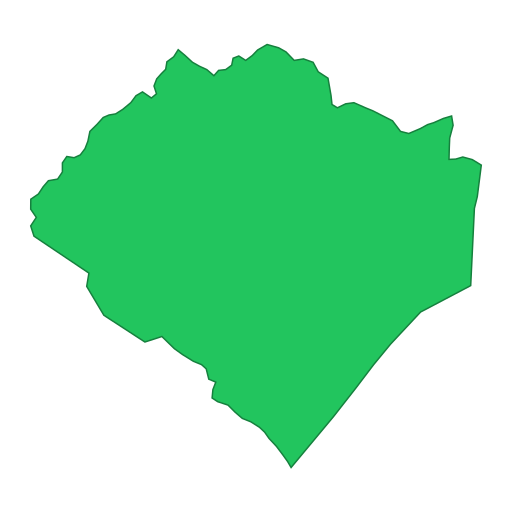 outline of Craíbas, Alagoas, Brazil
{"feature_id": "56859067B56014310634497", "entity_name": "Craíbas", "entity_type": "district", "adm_level": 2, "iso_a3": "BRA", "parent_name": "Brazil", "parent_adm1": "Alagoas", "projection": "natural_earth1", "projection_center": [-36.799, -9.64], "detail": "fine", "context": "isolated", "style": "filled", "palette": "green", "viewbox_px": 512, "rotation_deg": 0, "n_neighbors": 0, "source": "geoboundaries", "source_scale": "gbopen_adm2", "svg_char_len": 1471}
<svg xmlns="http://www.w3.org/2000/svg" viewBox="0 0 512 512"><path d="M472.6,246.0L474.4,208.4L477.3,196.6L481.3,165.1L472.3,159.6L462.8,157.0L455.7,159.1L449.0,159.4L449.3,147.6L449.7,138.0L453.1,125.3L451.6,116.0L443.5,118.4L433.7,122.7L427.6,124.6L420.3,128.6L408.8,133.5L400.5,131.4L392.5,120.8L372.8,110.8L365.7,107.9L353.9,102.7L345.7,103.8L337.4,107.8L332.0,104.5L331.0,95.4L328.0,78.2L318.2,71.8L313.1,62.3L303.5,58.9L294.2,60.4L286.0,51.9L278.7,47.8L267.1,44.5L257.6,50.0L252.2,55.6L245.7,60.4L238.8,56.0L233.1,58.2L231.7,65.2L225.7,69.6L218.6,70.4L213.9,75.7L206.8,69.6L199.6,66.3L192.5,62.3L185.2,55.6L178.2,49.7L173.7,56.8L166.9,61.8L165.7,69.3L161.2,73.8L156.7,78.9L154.0,86.0L156.5,93.8L151.4,98.0L142.5,91.9L136.0,95.7L130.9,102.6L122.7,109.4L115.6,113.9L109.0,115.0L103.2,117.5L97.1,124.3L89.9,131.4L87.9,141.2L85.0,148.7L80.3,154.9L74.1,157.7L66.8,156.5L62.4,162.9L62.4,172.0L57.6,179.1L48.4,180.7L43.3,186.6L38.4,194.0L30.8,199.2L30.7,209.2L36.3,217.4L30.7,225.9L34.0,236.2L88.9,273.1L86.7,286.4L103.9,315.3L111.1,320.0L144.9,342.0L156.1,338.4L161.9,336.5L174.4,348.7L182.6,354.6L193.4,361.3L201.5,364.6L206.2,368.8L208.8,379.2L215.8,382.1L212.9,389.6L212.1,398.0L217.7,401.7L228.0,405.1L235.3,412.4L242.3,418.4L250.8,421.8L259.5,427.3L264.6,432.1L269.1,438.5L276.4,446.3L282.8,454.8L287.6,461.5L291.1,467.5L333.5,416.6L355.9,388.0L373.6,364.7L390.5,344.2L420.6,312.0L470.7,285.6L472.6,246.0Z" fill="#22c55e" stroke="#15803d" stroke-width="1.5"/></svg>